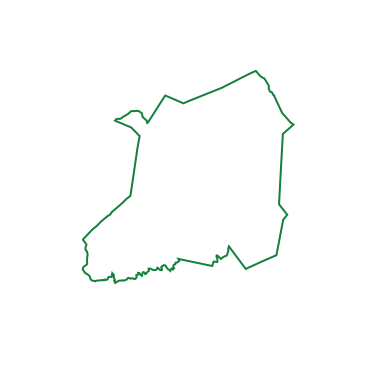 Santiago Ixcuintepec, Oaxaca, Mexico (orthographic projection), rotated 132°
{"feature_id": "50627088B58864234392064", "entity_name": "Santiago Ixcuintepec", "entity_type": "district", "adm_level": 2, "iso_a3": "MEX", "parent_name": "Mexico", "parent_adm1": "Oaxaca", "projection": "orthographic", "projection_center": [-95.545, 16.928], "detail": "fine", "context": "isolated", "style": "outline", "palette": "green", "viewbox_px": 384, "rotation_deg": 132, "n_neighbors": 0, "source": "geoboundaries", "source_scale": "gbopen_adm2", "svg_char_len": 3808}
<svg xmlns="http://www.w3.org/2000/svg" viewBox="0 0 384 384"><g transform="rotate(132 192 192)"><path d="M265.2,155.3L263.6,155.9L262.3,155.8L262.3,154.3L260.7,154.2L260.1,155.9L259.3,156.4L258.4,156.8L257.8,156.6L257.2,156.3L256.5,156.2L256.1,156.7L255.4,156.9L254.7,156.3L254.3,155.8L253.2,155.7L251.8,155.3L251.1,155.9L250.8,157.3L233.5,127.5L233.1,127.5L232.6,127.8L231.8,128.3L230.7,128.6L229.9,129.2L229.3,129.4L229.0,129.2L227.2,126.4L226.7,126.6L225.9,127.3L224.8,128.3L224.0,129.6L223.6,130.7L222.7,131.2L222.2,130.6L222.2,129.2L222.2,126.6L222.4,125.7L220.9,125.5L219.7,125.3L217.9,124.7L216.5,123.8L215.3,123.8L214.3,124.3L213.6,124.7L212.3,125.3L211.2,125.8L210.6,126.4L210.0,127.1L209.3,127.4L208.4,127.9L207.7,128.2L213.2,100.6L196.8,93.5L182.5,87.0L175.2,91.4L174.0,92.1L159.8,100.7L151.5,105.7L145.2,106.0L142.9,119.1L119.9,137.7L88.1,163.3L74.0,161.7L74.4,165.1L73.0,177.7L66.0,194.4L65.3,195.5L65.5,196.9L64.5,198.9L64.6,200.0L64.9,200.6L65.2,201.0L64.7,202.2L64.1,203.8L62.8,205.0L61.9,205.7L61.4,206.6L60.7,209.1L59.8,211.8L59.6,212.9L59.2,214.3L59.5,215.3L60.1,217.1L60.1,219.3L59.3,225.6L66.1,228.6L94.7,239.6L127.2,255.6L131.8,257.6L138.2,276.5L170.0,271.2L170.7,271.6L170.0,272.7L169.4,273.3L169.2,274.0L169.3,275.0L169.3,276.2L169.3,277.6L169.2,278.7L168.6,280.0L167.8,280.8L167.3,281.3L167.3,281.5L167.0,282.4L167.2,283.1L167.2,283.9L167.5,285.6L168.2,286.9L169.5,288.0L170.6,289.1L171.4,290.1L172.9,291.4L174.4,291.5L175.8,291.6L176.9,291.8L178.5,292.3L179.7,292.6L181.2,293.2L182.5,293.7L183.7,293.7L185.3,294.1L186.3,294.9L186.9,295.8L188.3,296.9L189.1,297.0L190.5,296.9L189.9,295.2L184.7,280.3L185.5,268.3L195.9,261.9L205.2,255.7L236.0,235.2L241.0,236.1L246.2,236.4L246.9,236.4L260.9,238.2L263.7,237.7L266.2,238.6L275.6,239.9L280.6,240.0L281.3,240.1L286.3,240.9L300.1,241.3L300.6,240.7L300.8,238.9L301.1,237.7L301.5,235.5L302.5,234.7L303.6,234.6L304.4,234.1L305.2,233.5L305.8,232.9L306.0,232.2L306.3,231.7L306.5,231.1L306.4,230.4L307.7,228.5L308.6,227.5L309.7,226.8L311.4,225.6L312.3,224.9L313.5,223.9L314.5,222.8L315.1,222.3L315.6,221.9L316.9,221.7L318.0,222.0L319.2,222.4L320.4,222.5L321.6,221.9L322.6,221.5L323.2,219.2L323.4,218.5L323.7,217.0L323.3,216.0L323.2,214.6L322.9,212.5L323.4,211.1L324.3,209.7L324.8,208.5L324.8,208.3L324.7,207.6L324.3,206.4L323.3,204.7L323.1,204.2L322.7,204.2L321.5,203.4L320.6,202.5L319.6,201.5L318.7,201.0L317.5,199.7L317.4,199.3L317.0,199.2L316.7,199.0L316.7,198.6L316.5,198.2L316.1,198.1L315.4,198.1L315.0,197.9L315.0,197.4L314.9,197.1L314.3,196.7L313.8,196.4L312.8,196.4L311.9,197.0L311.0,197.0L310.3,196.8L309.8,196.1L309.1,195.0L308.7,195.0L308.3,195.2L307.7,195.0L307.3,195.1L306.8,196.4L306.2,196.4L305.8,196.7L305.9,196.2L305.8,195.3L306.1,194.6L307.0,193.5L307.7,193.1L308.4,192.2L308.5,191.7L308.7,191.0L309.3,190.1L310.1,190.3L310.5,189.5L310.7,188.9L310.7,188.5L310.9,188.1L310.3,188.0L309.3,187.7L308.5,187.5L306.9,186.9L306.3,186.6L305.9,186.0L305.0,185.3L304.0,184.3L303.7,183.6L303.1,183.3L301.5,182.2L300.9,182.0L299.8,182.0L298.6,182.0L297.8,180.8L297.8,180.0L296.6,179.1L295.4,177.7L295.4,176.8L294.8,176.1L293.3,175.9L292.3,176.3L291.6,177.1L291.0,177.8L290.1,177.1L289.5,176.9L288.9,177.2L288.2,178.0L287.4,176.9L287.8,176.4L288.0,174.4L287.8,173.1L286.7,173.7L285.4,174.5L284.2,174.7L283.7,174.0L283.7,172.8L284.3,171.9L283.4,171.4L282.7,171.6L281.8,171.5L280.7,171.7L279.4,171.3L278.8,171.8L278.0,172.9L277.5,172.6L276.9,171.7L276.4,170.5L276.3,169.8L276.1,168.8L275.2,167.7L274.4,166.8L273.6,166.5L272.8,166.5L272.0,166.9L271.3,167.0L271.2,166.2L271.4,165.3L271.3,164.3L271.4,163.5L270.4,162.2L269.8,162.3L268.9,163.5L268.7,164.4L267.3,164.8L266.4,164.3L265.2,164.0L264.5,162.8L264.6,161.8L264.9,160.8L265.1,160.0L265.4,158.6L265.4,157.8L265.1,156.9L265.2,155.3Z" fill="none" stroke="#15803d" stroke-width="2"/></g></svg>